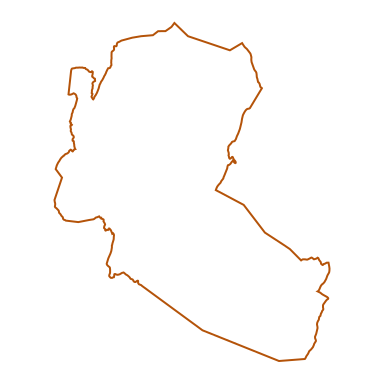 Manto, Olancho, Honduras (Equal Earth projection)
{"feature_id": "27666195B56288500543759", "entity_name": "Manto", "entity_type": "district", "adm_level": 2, "iso_a3": "HND", "parent_name": "Honduras", "parent_adm1": "Olancho", "projection": "equal_earth", "projection_center": [-86.423, 14.876], "detail": "fine", "context": "isolated", "style": "outline", "palette": "amber", "viewbox_px": 384, "rotation_deg": 0, "n_neighbors": 0, "source": "geoboundaries", "source_scale": "gbopen_adm2", "svg_char_len": 5813}
<svg xmlns="http://www.w3.org/2000/svg" viewBox="0 0 384 384"><path d="M304.8,359.0L305.6,357.9L306.3,356.3L308.1,353.7L309.2,351.2L311.1,349.4L312.9,347.2L313.9,344.9L314.2,343.8L315.9,341.1L315.9,340.3L315.1,338.2L315.0,336.8L316.2,333.8L317.5,328.3L317.5,327.1L317.0,324.5L317.1,323.5L317.3,322.6L317.9,321.2L318.8,319.7L319.2,317.1L319.7,316.5L320.4,315.9L321.0,313.4L321.6,312.6L322.1,311.1L323.2,309.6L323.3,308.9L323.0,307.4L323.0,305.3L323.3,304.5L326.0,300.7L327.0,299.6L327.9,299.1L328.2,298.6L328.2,298.2L327.9,297.7L327.1,297.0L323.3,294.9L322.0,294.1L320.3,292.7L317.7,291.4L318.1,291.2L319.2,289.7L320.6,286.4L321.0,285.7L321.8,284.6L323.3,283.4L324.5,282.0L326.2,278.9L327.4,275.5L329.1,272.5L329.4,270.9L329.5,268.5L329.2,266.3L328.5,262.7L326.7,262.7L324.7,263.8L323.5,264.1L323.3,264.3L323.2,264.7L322.9,264.9L322.6,265.0L322.1,264.7L321.1,263.8L320.7,262.0L319.2,260.1L318.3,258.1L317.6,257.7L316.4,258.6L314.0,259.3L312.2,257.9L311.7,257.6L311.3,257.6L308.9,258.9L307.4,259.6L306.6,259.6L304.8,259.3L303.0,259.3L302.4,259.5L301.1,260.4L289.9,249.1L284.0,245.1L264.9,232.6L243.7,204.9L215.8,190.1L216.5,188.2L217.3,186.5L218.7,184.7L220.5,182.8L221.3,181.1L223.3,178.5L223.6,177.2L224.2,175.9L227.2,168.4L227.5,166.5L227.9,165.3L228.3,165.1L229.1,164.9L230.3,164.0L230.8,163.3L231.8,161.8L232.3,161.5L233.0,160.3L233.3,160.6L233.8,161.8L234.5,162.7L235.2,163.1L235.7,162.8L235.7,162.3L235.5,161.6L234.8,160.6L234.0,159.8L233.2,158.2L232.9,157.4L232.6,157.0L232.3,156.9L232.0,157.0L230.7,158.4L230.2,158.7L229.7,158.7L229.3,158.2L229.1,157.5L228.8,156.1L228.5,155.2L228.8,154.5L228.7,152.9L227.9,150.2L228.3,148.3L228.4,146.6L229.2,145.4L231.1,143.4L232.0,142.0L233.0,141.5L234.6,141.1L235.9,139.1L236.9,136.2L238.2,133.5L239.9,128.9L241.5,122.3L242.0,119.0L242.9,115.2L243.9,113.2L244.8,111.6L245.7,110.3L246.7,109.3L247.5,108.9L249.1,108.6L249.9,108.1L261.9,88.2L261.7,87.9L260.9,87.4L260.4,86.9L260.2,86.3L259.6,83.9L258.8,82.5L258.2,82.2L258.0,81.7L257.3,78.5L257.0,77.8L256.8,77.0L256.6,74.2L256.3,72.5L255.8,71.6L254.9,70.5L254.2,69.4L251.6,62.1L251.3,59.8L251.4,57.1L250.6,54.1L250.2,53.3L246.9,49.0L245.2,47.5L244.6,46.9L243.3,45.0L242.1,43.1L229.9,50.3L188.0,36.2L174.4,23.0L171.5,26.9L165.5,31.1L158.1,31.2L152.9,35.2L141.1,36.2L132.2,37.7L121.4,40.6L119.5,41.7L117.6,42.5L117.2,43.1L116.9,43.8L116.7,45.7L116.5,46.0L116.0,46.3L114.5,46.1L114.0,46.4L113.9,47.1L114.1,49.1L114.0,49.7L113.6,50.3L112.0,51.6L111.6,52.3L111.5,56.2L111.6,58.3L111.3,60.2L111.3,61.4L111.2,62.3L111.4,64.6L111.4,65.2L110.6,66.4L110.4,67.2L110.0,67.8L109.5,68.1L108.2,68.2L107.4,69.6L106.2,72.1L106.0,72.9L105.6,73.6L105.1,74.8L104.4,75.8L103.4,78.0L102.2,80.2L101.1,81.7L100.2,83.8L99.7,84.5L98.6,88.6L97.0,92.7L95.6,95.3L94.4,96.8L94.2,97.9L93.6,98.6L93.5,99.1L93.2,99.4L92.9,99.2L91.7,97.2L91.5,96.8L91.6,96.5L92.1,95.1L92.5,94.0L92.3,93.6L91.7,93.2L91.7,92.8L91.9,91.9L91.9,90.3L92.6,88.3L92.6,86.8L92.9,85.4L92.4,83.4L92.8,82.6L93.5,81.8L94.3,81.4L94.8,81.2L95.1,81.0L95.1,80.7L94.9,78.7L93.9,78.3L93.2,77.4L92.4,76.9L92.2,76.5L92.2,75.8L92.6,74.3L92.8,72.1L92.7,71.8L92.0,71.3L91.3,72.0L91.0,72.0L90.5,72.1L89.2,71.7L87.5,69.7L86.4,69.3L85.7,68.9L85.2,68.0L83.5,67.9L82.2,67.5L81.1,67.6L79.4,67.5L77.8,67.7L75.9,67.7L74.9,68.1L72.2,68.5L71.8,68.8L71.4,69.6L71.1,70.8L68.5,94.4L68.9,94.6L69.7,94.7L70.6,94.6L71.7,94.3L73.6,93.3L73.9,93.4L75.4,94.3L75.8,94.8L76.3,95.7L76.6,97.5L77.2,98.4L76.8,100.4L75.3,105.8L74.4,108.1L73.6,108.9L73.0,110.3L72.6,112.4L71.8,114.1L71.7,115.8L70.7,119.7L69.9,121.4L70.3,121.8L70.3,122.7L70.9,122.9L70.9,124.0L71.3,124.2L71.9,124.8L71.4,125.4L70.5,125.7L70.4,126.1L70.4,126.8L70.7,128.4L71.0,129.2L70.8,130.2L70.8,131.3L70.9,131.6L71.2,132.0L71.5,132.5L71.9,134.5L73.3,135.7L73.5,136.1L73.7,136.6L73.8,137.2L73.6,137.7L72.6,139.2L72.6,140.7L72.7,140.8L73.3,140.9L73.7,141.2L73.8,141.5L73.9,143.2L74.2,144.4L74.3,146.2L74.9,148.4L75.3,149.1L74.4,149.3L73.9,150.0L73.3,150.3L73.0,151.1L72.7,151.4L72.1,151.1L71.0,149.8L70.6,149.7L69.2,150.9L69.1,151.5L68.6,152.4L67.4,153.4L65.5,154.1L64.7,154.7L64.2,155.5L63.6,155.7L62.4,156.9L61.6,157.5L60.2,159.4L59.5,160.7L58.1,162.7L56.8,165.4L55.7,169.1L62.0,177.6L54.5,200.0L54.8,202.1L55.1,203.0L55.2,203.9L55.2,204.5L54.9,206.7L55.3,207.4L56.4,208.2L58.5,210.4L58.8,211.0L59.0,212.2L59.2,212.9L60.4,214.1L61.5,215.9L62.7,217.1L62.9,217.5L62.9,218.0L63.2,219.0L63.9,219.7L65.1,220.1L65.8,220.6L78.3,222.1L89.1,220.0L93.4,219.3L94.1,219.0L96.0,217.5L97.7,217.1L98.1,216.8L98.8,216.6L99.1,216.4L100.1,217.6L101.2,217.7L101.2,218.6L101.3,218.7L102.7,219.0L103.5,219.5L103.7,220.0L103.5,221.3L104.5,223.0L105.1,224.3L105.0,224.8L104.3,226.2L104.0,227.9L104.2,228.2L105.3,229.3L105.4,229.6L105.2,230.1L105.3,230.4L105.7,230.6L107.1,229.8L108.0,230.0L108.3,229.7L108.4,229.3L109.1,229.0L109.2,228.9L109.2,228.5L109.4,228.5L109.5,228.6L109.6,229.0L109.7,229.4L109.9,229.5L110.2,229.4L110.8,230.1L111.9,232.7L112.3,233.9L112.5,233.8L112.6,233.0L112.8,233.0L113.6,233.9L114.0,235.1L113.8,236.9L113.7,239.1L113.5,240.0L112.4,243.6L112.2,244.9L111.9,245.3L111.9,247.5L111.3,251.0L110.5,253.4L108.3,258.4L106.7,263.7L106.8,264.3L107.3,265.2L108.1,266.0L109.6,267.2L109.9,267.8L110.1,269.5L110.1,272.4L110.0,273.1L109.3,275.0L109.2,275.9L109.3,276.2L109.7,276.7L110.3,277.4L111.0,277.9L112.0,277.9L112.5,277.7L113.1,277.3L113.9,277.2L114.0,276.9L114.2,275.7L114.3,274.3L114.6,274.1L115.1,274.0L116.5,274.6L117.6,274.8L118.2,274.7L119.7,274.3L122.0,272.9L123.6,272.5L124.5,273.2L125.9,274.5L127.4,275.3L129.0,276.7L129.5,277.2L130.3,278.4L130.6,278.8L131.1,279.0L131.9,279.2L132.6,279.5L133.4,280.6L133.7,281.4L134.0,281.6L134.8,282.0L135.5,282.0L137.1,280.9L137.6,280.7L138.0,280.8L138.1,281.0L138.1,282.9L138.5,283.6L138.9,284.2L141.3,285.2L142.0,285.9L202.5,330.3L279.0,361.0L304.8,359.0Z" fill="none" stroke="#b45309" stroke-width="2"/></svg>